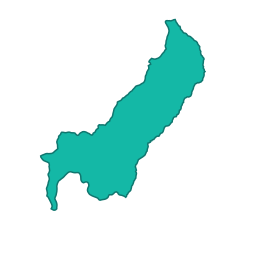 outline of Nova Ponte, Minas Gerais, Brazil, rotated 223°
{"feature_id": "56859067B80558453593269", "entity_name": "Nova Ponte", "entity_type": "district", "adm_level": 2, "iso_a3": "BRA", "parent_name": "Brazil", "parent_adm1": "Minas Gerais", "projection": "orthographic", "projection_center": [-47.697, -19.247], "detail": "fine", "context": "isolated", "style": "filled", "palette": "teal", "viewbox_px": 256, "rotation_deg": 223, "n_neighbors": 0, "source": "geoboundaries", "source_scale": "gbopen_adm2", "svg_char_len": 5876}
<svg xmlns="http://www.w3.org/2000/svg" viewBox="0 0 256 256"><g transform="rotate(223 128 128)"><path d="M129.1,16.5L127.8,16.8L126.4,17.2L125.5,18.0L125.1,18.9L125.0,20.3L126.0,21.4L126.7,22.3L127.5,23.3L128.9,24.4L130.2,25.1L131.8,25.7L133.2,26.3L134.0,27.5L134.5,29.0L134.9,30.0L135.6,31.1L136.2,32.1L136.7,32.9L137.5,33.9L138.3,34.9L139.3,35.9L140.4,36.9L141.1,38.0L141.8,39.4L142.3,40.9L142.6,42.1L142.3,43.5L142.0,45.8L141.7,47.4L141.6,49.1L141.7,50.2L141.6,52.5L141.5,54.1L141.0,55.8L140.0,57.0L138.7,57.6L137.4,58.3L136.2,59.2L135.3,60.2L134.6,60.9L133.8,61.6L132.7,61.7L131.6,61.5L130.6,61.1L129.5,60.3L128.5,59.4L127.7,58.6L126.9,57.9L125.7,57.4L124.3,57.2L123.1,57.7L122.5,59.1L122.0,60.0L120.9,60.6L119.6,60.7L118.7,60.2L117.7,59.6L117.0,58.5L116.5,57.0L115.8,55.6L114.9,54.6L113.9,54.0L112.5,53.6L111.2,53.3L110.1,53.4L109.0,53.7L108.1,53.9L107.0,54.3L105.7,54.8L104.3,55.4L103.2,55.8L102.3,56.1L101.1,55.9L99.9,55.8L99.1,56.3L98.4,57.4L97.6,58.5L96.8,59.5L96.2,60.4L95.7,61.5L95.4,62.7L95.4,63.9L95.9,65.1L96.2,66.4L95.3,67.2L94.2,68.2L93.8,70.0L93.8,71.9L93.1,73.3L91.5,73.7L90.2,73.2L88.8,73.2L87.9,73.7L86.9,74.4L85.8,74.9L84.8,75.3L83.9,75.6L82.4,75.8L82.6,77.3L83.3,78.2L83.2,79.5L83.6,80.7L83.7,81.9L83.5,82.9L83.5,84.2L84.2,85.6L85.0,87.0L85.7,88.0L85.8,89.4L86.4,91.0L87.0,92.3L87.5,93.2L87.6,94.3L88.0,95.5L88.1,96.7L88.9,97.6L89.8,98.9L90.6,100.3L91.4,101.0L92.7,101.3L93.1,102.9L94.2,103.5L95.0,104.1L96.1,104.5L96.7,105.7L97.3,106.6L97.1,107.7L97.5,108.8L98.2,110.5L98.8,111.9L98.5,113.2L98.2,114.4L97.8,115.9L97.5,117.1L97.4,118.2L97.1,119.2L97.3,120.3L97.8,121.8L98.3,123.1L98.3,124.2L99.0,125.0L99.7,126.2L100.2,127.4L100.8,128.4L102.4,129.5L103.1,130.6L102.5,131.5L102.0,133.0L102.8,133.9L101.9,134.8L102.1,136.0L101.3,137.2L101.5,138.6L101.5,140.2L101.2,141.6L100.6,142.4L99.8,143.1L100.0,144.1L100.4,145.4L100.3,146.7L99.7,148.0L99.9,149.3L100.5,150.6L101.2,152.0L101.8,153.4L101.6,155.2L100.6,156.4L99.8,157.7L99.8,159.4L100.0,161.3L99.8,162.6L100.8,163.8L101.3,165.5L101.8,166.7L101.5,168.0L100.5,169.1L100.8,170.3L101.3,171.3L100.7,172.5L101.1,174.0L102.0,175.3L102.5,176.1L102.0,177.1L102.4,178.1L102.8,179.0L103.7,179.7L103.9,180.8L104.2,182.0L105.0,183.3L104.8,184.6L105.6,185.4L106.2,186.4L106.5,187.3L106.8,188.5L106.3,189.6L106.1,190.6L105.7,191.5L104.7,192.1L104.3,193.1L104.0,194.1L104.2,195.0L104.7,196.2L105.2,197.0L105.9,197.8L106.4,199.3L106.9,200.9L107.4,201.9L108.0,202.7L108.4,204.2L108.9,206.1L108.3,207.4L108.0,208.7L107.0,209.3L106.6,210.4L106.0,211.5L106.2,212.5L105.9,213.5L106.5,214.4L107.1,215.3L107.4,216.4L107.8,217.5L108.5,218.7L109.4,219.5L110.2,220.5L110.1,221.8L111.1,221.9L112.3,222.8L113.9,223.2L114.6,224.4L115.8,224.8L116.6,225.7L117.4,227.0L118.2,228.0L119.0,229.0L119.4,230.3L120.4,230.8L121.4,230.8L122.7,231.3L123.9,231.2L125.2,231.8L126.3,232.6L126.8,233.5L127.7,233.9L128.7,234.2L130.0,235.1L131.1,236.5L132.9,236.7L134.2,237.0L135.6,237.7L137.0,237.9L138.4,237.5L139.4,237.2L140.4,237.4L141.6,237.5L143.2,237.4L144.6,237.4L145.7,237.0L146.8,236.3L148.3,236.5L149.7,236.7L150.9,236.3L152.0,235.6L152.9,235.5L153.9,235.9L155.2,236.0L156.9,236.1L157.9,236.9L159.3,237.8L160.2,237.3L161.1,237.5L162.2,237.6L163.3,238.0L164.2,238.2L165.3,238.4L166.2,238.9L167.5,239.5L168.3,238.5L168.7,237.5L169.2,236.5L169.8,235.5L170.9,234.7L171.7,233.9L172.5,233.3L173.2,232.6L173.3,231.6L172.6,230.8L171.5,230.3L170.2,230.0L169.3,229.6L168.1,229.3L167.0,228.9L166.2,228.4L165.0,227.7L164.0,226.8L163.5,225.9L162.9,224.9L162.4,223.9L162.0,222.6L161.4,221.1L160.6,220.0L160.0,218.8L159.5,217.7L158.8,216.8L157.7,215.4L157.1,213.8L155.9,212.8L154.0,211.9L154.0,210.0L153.5,208.6L153.5,207.2L153.5,205.9L153.3,204.2L153.1,203.1L153.1,201.7L153.4,200.2L153.8,199.2L154.5,198.0L155.1,196.8L156.6,195.8L158.2,195.0L158.3,193.3L158.3,192.0L157.8,190.6L156.2,190.8L154.9,190.1L155.3,188.8L155.6,187.4L154.3,186.7L153.1,185.3L152.9,183.8L152.6,182.7L152.3,181.6L151.7,180.7L151.1,179.5L150.7,177.9L150.0,177.0L149.2,176.1L148.4,174.8L147.8,173.4L147.6,172.0L147.8,171.0L148.3,169.7L148.5,168.7L148.8,167.3L149.6,166.1L150.3,164.9L150.8,163.6L150.6,162.1L150.6,160.4L150.6,159.1L150.4,157.9L150.9,156.4L151.0,154.2L150.8,152.9L150.9,151.9L151.3,150.8L151.4,149.1L151.6,147.4L152.3,146.1L152.0,144.6L152.0,143.6L152.3,142.7L152.7,141.6L153.2,140.7L153.4,139.7L152.4,138.5L151.9,137.1L151.7,135.8L151.5,134.3L151.2,132.6L150.5,131.3L149.7,130.0L148.8,128.3L148.0,127.1L147.2,125.5L147.2,124.1L147.1,122.9L146.6,121.4L146.1,120.5L146.6,119.1L146.8,117.1L146.6,115.6L146.5,114.5L147.8,113.7L148.6,113.1L149.3,112.4L150.2,111.5L151.3,110.7L151.3,109.1L150.4,108.4L149.6,107.6L149.8,106.4L150.1,105.4L149.7,103.7L149.3,102.6L149.6,101.5L149.9,100.4L149.3,99.1L149.6,98.1L150.7,97.7L151.6,97.5L152.9,97.4L154.0,96.8L155.3,96.6L156.5,96.1L157.8,95.3L158.7,94.2L159.1,92.9L159.5,91.7L159.5,90.3L159.3,89.1L159.9,88.2L160.9,87.9L161.9,87.9L163.2,88.1L164.2,87.6L165.2,86.7L166.3,85.8L167.7,85.2L168.6,84.5L169.3,83.6L169.8,82.8L170.4,82.0L171.4,81.3L172.5,80.6L173.6,79.6L173.5,78.4L173.0,77.4L173.0,76.2L173.1,74.7L172.2,73.7L171.8,72.6L171.7,71.5L171.2,70.5L170.6,69.3L169.7,68.6L168.6,68.0L167.4,67.0L166.6,66.1L165.2,65.0L165.4,63.3L165.7,61.1L165.8,59.5L166.0,58.3L166.6,57.2L167.5,56.2L168.5,55.1L169.6,54.3L170.4,53.4L171.0,52.2L171.6,50.9L172.2,49.7L172.8,48.0L171.9,47.3L170.6,47.0L168.9,46.7L167.6,46.7L166.6,47.0L165.2,47.5L164.0,48.0L163.0,48.3L162.1,48.5L161.0,47.9L160.0,47.0L159.6,46.1L158.4,45.2L157.1,44.1L156.3,43.4L155.7,42.3L155.2,41.1L155.0,39.8L153.9,38.9L152.7,38.4L151.8,37.9L150.6,36.9L149.9,35.5L149.2,33.9L148.5,32.9L147.8,31.6L147.3,30.5L146.9,29.5L146.5,28.4L145.7,27.6L144.8,27.1L143.6,26.2L142.5,25.4L141.8,24.3L141.0,23.0L139.3,23.0L138.1,22.6L137.1,22.2L136.1,21.9L134.8,21.4L133.6,20.9L132.5,20.5L131.2,19.8L130.2,19.2L129.5,17.9L129.1,16.5Z" fill="#14b8a6" stroke="#0f766e" stroke-width="1.5"/></g></svg>